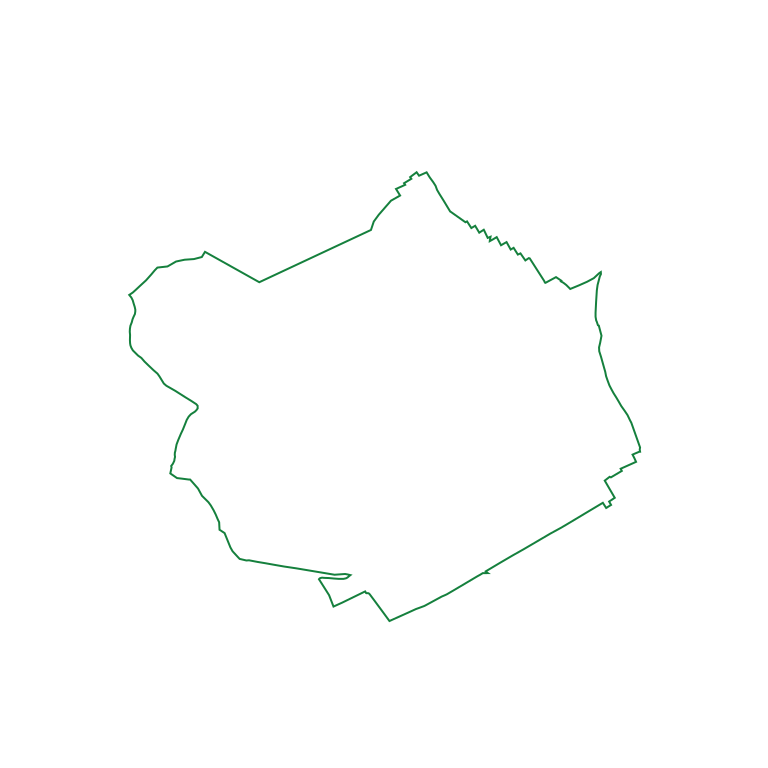 Santo Tomás Hueyotlipan, Puebla, Mexico (orthographic projection), rotated 41°
{"feature_id": "50627088B52842348137606", "entity_name": "Santo Tomás Hueyotlipan", "entity_type": "district", "adm_level": 2, "iso_a3": "MEX", "parent_name": "Mexico", "parent_adm1": "Puebla", "projection": "orthographic", "projection_center": [-97.866, 18.889], "detail": "fine", "context": "isolated", "style": "outline", "palette": "green", "viewbox_px": 768, "rotation_deg": 41, "n_neighbors": 0, "source": "geoboundaries", "source_scale": "gbopen_adm2", "svg_char_len": 3501}
<svg xmlns="http://www.w3.org/2000/svg" viewBox="0 0 768 768"><g transform="rotate(41 384 384)"><path d="M474.2,157.3L473.7,159.1L472.9,166.5L470.2,173.6L466.4,181.7L462.2,190.1L461.2,190.0L456.6,189.7L452.9,189.9L450.2,190.5L450.1,189.7L443.7,190.5L439.5,201.7L438.9,201.9L437.2,201.1L411.6,193.6L410.7,194.0L409.6,198.0L401.3,195.9L400.1,198.5L392.5,196.2L391.4,199.4L383.4,196.5L382.6,198.7L381.3,202.5L372.7,199.2L371.4,203.2L370.1,206.8L369.8,206.4L369.7,206.2L367.8,203.0L366.4,205.7L358.4,202.2L358.1,202.1L356.6,207.3L349.0,204.8L347.6,209.0L340.0,206.8L339.3,208.5L338.8,208.5L338.2,208.6L321.1,210.3L320.8,210.4L315.8,208.8L308.7,206.5L300.8,204.1L296.7,202.7L292.9,200.6L288.8,199.4L283.1,198.1L281.1,197.5L277.3,196.3L273.8,203.8L269.7,202.8L268.0,210.7L270.0,211.2L267.4,219.3L269.3,219.8L265.1,228.9L272.5,231.2L269.0,241.1L269.0,259.7L269.7,268.1L273.1,276.3L258.0,310.3L223.1,389.0L162.2,401.7L163.2,407.7L158.6,414.4L152.0,421.0L146.7,428.0L143.5,437.3L136.6,444.8L136.4,448.7L136.5,453.8L136.4,461.9L135.5,469.8L134.9,475.7L134.4,479.8L133.3,483.9L136.6,484.5L139.5,485.7L142.4,487.6L145.2,489.3L147.5,491.0L148.7,492.4L150.1,494.6L150.9,497.5L151.8,500.2L153.2,503.0L154.4,506.4L156.0,509.0L157.9,511.4L160.2,513.6L163.4,517.5L165.6,519.8L167.3,521.2L169.5,522.4L172.4,523.4L176.7,523.7L179.8,523.9L183.7,523.5L188.6,524.2L194.0,524.5L201.0,524.8L206.3,524.8L209.6,525.6L213.7,526.9L217.5,528.1L220.9,528.1L224.9,527.3L231.0,526.1L242.4,524.4L249.7,523.2L255.5,522.4L257.6,522.7L259.4,524.7L259.6,527.0L259.4,529.1L258.7,531.4L258.1,533.5L258.0,536.8L258.7,540.6L260.1,544.5L262.1,550.3L263.3,554.6L265.4,561.1L267.1,565.7L268.9,568.8L269.1,569.2L270.4,571.3L271.2,573.0L272.6,574.8L274.1,576.1L275.1,578.0L276.1,579.5L277.0,582.7L277.2,585.5L278.4,586.3L281.4,591.7L289.5,590.8L293.3,588.2L299.3,584.2L300.4,583.3L312.2,584.9L320.0,587.8L329.1,588.4L333.0,589.3L338.3,591.1L342.6,592.9L347.3,595.2L350.3,596.5L355.5,601.9L361.5,601.1L375.3,608.1L379.5,609.6L387.6,610.5L389.8,610.7L395.9,607.5L397.8,605.6L405.2,601.3L412.2,597.0L419.9,592.4L428.5,587.2L439.0,580.5L471.8,560.4L479.3,552.9L481.5,551.6L484.0,550.3L483.9,550.8L483.6,552.5L483.4,554.0L482.8,555.6L481.3,557.6L477.5,560.9L473.9,563.6L469.6,566.7L466.0,569.6L464.3,570.8L463.3,572.2L463.0,572.9L463.0,574.0L481.1,579.4L491.9,585.1L495.9,576.4L505.6,553.5L505.9,552.9L507.0,553.3L507.3,553.5L507.5,553.5L508.0,553.4L508.3,553.1L508.6,552.8L509.6,552.1L510.3,552.0L511.3,552.1L518.7,553.7L530.8,556.4L543.6,559.3L549.3,547.0L553.3,538.3L555.8,532.8L557.6,529.6L560.0,525.2L560.2,524.7L560.5,524.0L567.0,506.6L568.5,503.5L569.4,501.5L571.6,495.0L580.6,467.9L581.7,464.9L582.6,462.0L585.4,459.5L586.4,458.6L585.4,458.7L583.7,458.6L584.2,457.1L588.9,442.8L593.7,428.6L597.7,417.4L600.7,408.5L603.9,399.0L607.6,388.0L611.8,376.7L613.8,370.8L621.4,347.5L627.1,330.1L633.0,331.8L634.7,326.3L631.0,325.0L632.8,318.5L614.0,312.1L615.2,306.0L616.5,305.6L620.5,293.6L618.2,292.7L625.3,277.4L621.8,275.8L617.9,274.2L621.0,267.8L621.7,267.1L620.0,265.7L618.9,263.9L596.1,251.0L593.5,250.0L588.2,247.7L583.0,246.3L577.6,245.0L572.7,243.3L568.2,241.8L563.5,240.4L559.4,238.9L555.1,237.2L550.5,234.7L546.5,232.4L542.9,229.6L538.9,227.0L534.5,224.1L531.0,221.8L530.1,221.2L525.0,218.1L522.3,215.3L520.1,211.1L516.5,204.9L507.8,199.0L506.9,199.3L503.9,197.5L502.4,196.8L501.2,195.8L499.6,194.5L496.9,191.4L490.3,183.0L483.2,173.7L480.2,169.1L476.3,161.2L475.6,158.7L474.2,157.3Z" fill="none" stroke="#15803d" stroke-width="2"/></g></svg>